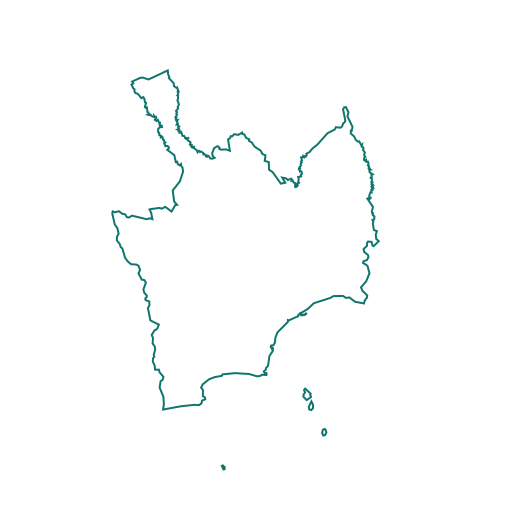 the district of Klaeng, Rayong, Thailand, rotated 347°
{"feature_id": "78962969B40888142267385", "entity_name": "Klaeng", "entity_type": "district", "adm_level": 2, "iso_a3": "THA", "parent_name": "Thailand", "parent_adm1": "Rayong", "projection": "natural_earth1", "projection_center": [101.666, 12.768], "detail": "fine", "context": "isolated", "style": "outline", "palette": "teal", "viewbox_px": 512, "rotation_deg": 347, "n_neighbors": 0, "source": "geoboundaries", "source_scale": "gbopen_adm2", "svg_char_len": 6116}
<svg xmlns="http://www.w3.org/2000/svg" viewBox="0 0 512 512"><g transform="rotate(347 256 256)"><path d="M371.0,146.2L369.0,149.1L367.3,150.0L362.8,148.5L361.1,150.5L353.4,152.4L340.8,161.3L335.5,163.8L331.3,166.9L328.1,167.6L328.0,169.4L326.8,170.4L325.9,169.7L325.0,170.7L324.4,169.2L323.8,170.1L322.1,170.1L322.4,173.1L321.1,174.0L321.6,175.2L320.2,176.4L320.2,178.0L318.6,179.0L318.7,180.3L317.5,180.3L317.2,181.3L318.0,182.0L317.9,183.6L318.9,183.4L319.4,184.3L319.3,186.1L317.9,187.0L317.9,188.6L314.8,188.5L315.0,190.7L313.8,193.2L314.4,194.3L312.8,194.7L312.6,195.9L311.3,195.1L311.8,197.3L310.2,197.9L309.6,197.3L310.7,193.8L309.1,192.8L308.8,190.9L307.6,190.8L308.3,189.9L307.6,188.5L304.1,189.2L302.9,187.2L299.2,185.5L301.0,191.2L296.5,191.1L291.1,178.1L288.1,174.8L289.6,167.4L285.9,165.3L287.9,160.1L285.1,158.0L284.3,154.5L279.2,149.1L277.4,144.4L275.1,142.2L275.6,140.7L273.0,138.8L272.0,135.0L270.3,134.0L270.3,132.6L266.0,134.0L262.1,132.4L259.6,134.1L258.4,133.5L257.1,135.4L255.0,136.1L254.2,147.6L250.8,145.4L245.9,144.5L244.3,143.4L244.8,142.1L243.2,140.3L239.4,141.5L236.4,146.0L236.3,149.0L237.8,151.0L235.8,151.4L233.5,150.8L232.2,147.7L231.0,147.1L230.4,148.3L229.6,147.7L229.5,146.1L228.5,145.0L227.7,145.2L227.8,143.7L225.8,141.7L224.8,142.1L224.1,140.7L222.4,141.8L222.2,139.8L219.8,137.0L220.2,135.6L218.7,135.2L219.5,136.0L218.9,136.3L217.9,135.6L218.6,134.9L217.7,133.7L218.2,133.1L216.8,132.4L217.8,130.4L215.5,127.9L216.0,125.8L214.3,126.2L213.9,125.7L215.1,125.6L213.7,124.9L212.9,122.7L211.4,122.4L211.1,118.9L210.0,118.8L210.3,118.1L209.1,118.3L209.6,116.6L208.6,116.4L209.1,115.5L208.1,115.0L209.6,114.6L209.1,113.3L210.3,112.6L209.3,111.6L209.5,110.0L208.3,110.0L209.5,108.3L209.1,107.0L210.2,105.9L208.7,105.8L208.6,104.1L209.6,103.5L208.8,102.4L210.8,100.8L210.3,99.2L211.4,98.1L210.7,96.6L213.3,94.8L213.2,93.2L215.0,91.0L214.5,86.6L215.4,85.2L216.1,82.1L215.6,81.8L216.5,81.1L216.6,79.3L217.5,78.8L216.8,77.8L217.5,77.5L217.0,74.0L216.3,74.3L214.3,71.9L214.7,69.3L211.1,62.9L211.8,62.1L211.2,59.1L211.8,55.3L191.0,59.8L185.8,56.7L183.2,56.4L174.5,58.2L175.3,60.2L173.2,61.0L174.3,65.5L175.1,66.1L174.6,68.4L175.2,70.1L177.4,71.4L179.8,76.5L181.9,75.8L182.6,77.8L182.4,81.3L183.3,82.0L181.2,85.9L182.0,86.9L183.1,86.6L182.6,91.4L183.5,92.0L183.2,93.7L182.3,93.9L184.0,94.9L184.8,94.4L186.4,96.9L188.0,97.5L188.2,96.5L189.1,98.6L189.8,98.1L189.9,99.1L188.0,100.5L189.4,102.0L191.0,101.3L191.6,104.5L192.4,104.6L191.6,106.9L193.5,107.8L193.4,109.3L191.4,108.8L189.2,110.2L188.5,113.4L189.4,114.3L189.0,116.6L190.4,117.5L190.0,118.9L191.3,118.5L191.7,119.2L191.5,121.5L192.3,121.9L192.4,124.0L193.2,125.0L191.9,125.5L192.5,128.7L194.2,128.7L195.3,129.7L195.4,131.3L193.4,132.6L199.1,139.3L199.0,146.4L200.4,146.4L200.4,148.8L201.9,150.4L203.6,149.6L203.3,151.3L204.3,153.3L203.9,157.4L198.6,166.2L189.6,173.4L188.5,184.6L190.6,188.4L188.7,188.3L183.7,193.7L178.7,187.7L174.9,188.7L172.7,187.4L163.4,186.6L162.7,186.7L163.6,190.3L163.3,196.8L161.1,195.4L157.9,195.6L144.2,188.8L141.0,189.9L139.0,189.2L137.8,185.9L135.1,184.7L132.5,181.5L128.4,181.7L126.4,180.3L125.5,182.4L125.5,193.6L127.2,197.6L127.2,203.3L125.0,205.8L123.9,209.4L125.9,213.7L126.2,216.9L127.5,218.6L128.0,228.2L129.7,232.2L132.4,235.9L137.4,237.4L139.3,239.0L139.9,243.6L137.6,246.5L139.3,253.2L141.8,254.4L142.7,257.2L138.8,263.2L138.8,266.4L140.7,270.0L140.4,271.2L138.6,272.4L138.5,274.1L141.8,276.4L141.1,279.9L139.0,282.6L138.6,295.0L145.9,301.0L144.0,303.9L142.3,305.3L140.5,305.5L136.6,309.5L137.2,312.7L135.6,318.0L137.0,321.4L136.7,324.6L134.1,329.3L134.2,331.4L132.8,332.3L131.7,335.7L132.6,340.1L132.1,344.1L135.8,344.9L135.9,347.6L138.6,352.9L137.3,355.6L134.9,356.5L132.5,362.5L134.1,372.2L132.9,379.7L130.9,384.7L148.4,385.5L162.3,387.1L167.0,388.5L169.6,387.4L170.9,384.8L174.3,384.2L174.4,382.3L172.7,380.6L174.2,374.8L172.9,372.0L175.1,369.1L182.7,365.5L188.7,364.7L195.7,365.1L196.7,363.8L209.2,365.4L222.7,369.4L230.0,373.5L233.2,373.8L235.1,373.0L239.1,374.3L239.7,374.0L239.7,372.3L238.2,372.3L237.6,370.2L239.9,369.0L240.5,367.5L243.1,365.6L246.6,356.5L251.2,352.1L250.7,350.6L251.7,350.4L251.6,349.2L249.9,348.4L250.5,346.7L253.0,346.8L254.9,344.7L256.6,339.8L259.7,335.3L272.3,327.3L272.7,325.6L273.6,326.1L283.6,324.1L283.8,323.1L285.9,321.8L286.5,323.9L289.7,324.4L291.8,323.7L292.5,322.6L291.4,323.6L288.6,324.0L286.7,323.0L286.1,321.9L294.2,319.4L301.8,315.0L318.8,313.6L322.5,312.5L331.8,314.5L334.3,317.1L337.7,317.4L342.1,322.8L350.5,326.5L351.8,324.0L354.8,321.4L355.5,319.4L351.9,313.9L351.3,310.1L357.7,305.4L362.7,298.3L362.4,290.6L358.7,286.7L359.6,285.3L363.2,284.9L365.4,282.3L365.3,280.2L362.2,276.1L362.5,273.3L366.4,271.1L367.0,268.5L368.4,267.1L371.8,268.2L371.9,272.1L372.8,272.9L378.9,269.2L377.0,266.3L377.5,262.1L379.4,259.0L376.8,257.2L377.1,250.8L378.0,249.1L377.6,247.1L379.3,247.0L380.3,244.1L378.9,242.1L379.7,240.6L378.8,240.1L378.8,239.0L381.0,234.4L377.4,225.1L378.3,225.0L378.7,226.3L380.8,225.3L379.7,223.2L380.4,221.8L381.9,219.7L383.0,220.1L383.1,217.7L384.6,217.7L384.2,216.2L385.5,216.2L384.4,214.5L385.3,214.4L384.8,212.6L385.9,212.9L385.3,211.5L386.1,210.4L385.1,210.0L386.5,206.5L385.3,205.6L386.7,204.5L386.7,203.0L388.1,202.7L385.6,200.1L385.7,197.7L387.0,197.7L385.7,196.2L386.4,195.9L385.8,194.7L386.3,193.9L385.4,192.8L386.4,191.7L386.3,189.3L384.8,189.1L384.9,187.1L383.8,187.8L382.8,186.6L383.8,184.2L384.8,184.0L384.1,181.6L385.4,179.6L384.1,176.6L385.0,175.4L384.8,174.1L383.6,173.3L384.3,171.5L383.6,172.0L382.3,167.5L380.9,167.4L379.3,165.2L378.6,161.7L375.9,157.9L376.6,155.2L377.4,155.6L379.1,151.9L376.5,140.6L378.4,136.7L377.1,131.1L375.4,131.0L373.8,132.7L373.5,144.1L372.5,145.7L371.0,146.2ZM273.0,407.8L277.9,405.8L277.6,403.2L278.3,402.5L274.1,396.3L272.7,397.4L273.1,400.0L271.3,401.6L270.5,403.8L273.0,407.8ZM275.2,418.6L277.3,417.1L278.1,414.1L277.3,410.1L273.5,414.8L273.3,417.4L275.2,418.6ZM283.1,446.0L284.9,443.7L284.7,441.0L283.9,439.9L281.9,440.5L280.6,443.4L281.2,446.1L283.1,446.0ZM177.4,456.7L178.0,454.8L176.6,452.6L175.5,452.8L176.3,456.7L177.4,456.7Z" fill="none" stroke="#0f766e" stroke-width="2"/></g></svg>